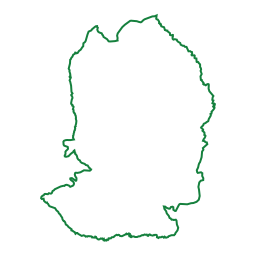 outline of Kazumba, Kasaï-Occidental, Democratic Republic of the Congo
{"feature_id": "63176286B97272919542005", "entity_name": "Kazumba", "entity_type": "district", "adm_level": 2, "iso_a3": "COD", "parent_name": "Democratic Republic of the Congo", "parent_adm1": "Kasaï-Occidental", "projection": "albers", "projection_center": [21.968, -6.401], "detail": "fine", "context": "isolated", "style": "outline", "palette": "green", "viewbox_px": 256, "rotation_deg": 0, "n_neighbors": 0, "source": "geoboundaries", "source_scale": "gbopen_adm2", "svg_char_len": 5755}
<svg xmlns="http://www.w3.org/2000/svg" viewBox="0 0 256 256"><path d="M130.1,20.9L124.9,24.7L122.3,27.1L117.7,33.4L117.1,35.7L117.6,38.0L117.4,39.6L117.6,40.5L115.1,41.1L110.0,41.5L108.6,41.3L107.1,39.2L103.5,36.9L103.0,35.3L102.4,34.9L101.7,33.3L99.3,32.5L98.0,31.5L97.3,29.7L97.8,27.7L97.2,27.3L97.1,26.1L96.0,26.2L95.0,26.8L92.0,29.3L91.3,30.4L88.6,31.6L87.5,34.5L85.7,40.8L85.1,41.9L83.4,43.3L83.2,46.3L82.3,47.2L80.7,49.7L79.0,50.9L77.6,53.0L76.4,53.3L75.7,52.6L75.2,52.6L74.8,53.8L73.2,54.7L72.4,56.7L71.4,57.7L70.8,59.2L70.2,59.7L70.0,63.4L68.7,68.7L69.6,70.2L69.4,71.2L70.3,74.3L70.1,75.2L70.5,76.0L69.6,76.9L69.8,77.2L70.6,77.2L70.8,77.6L69.6,80.3L70.2,81.7L71.1,85.7L71.5,91.9L72.5,93.4L71.2,95.0L71.4,95.6L72.1,96.2L72.5,97.9L71.8,99.6L71.1,103.2L71.3,104.0L72.4,104.8L72.2,105.6L73.2,106.2L73.6,106.9L72.9,109.2L73.6,110.1L73.5,111.8L74.4,112.8L74.3,113.3L75.1,114.0L75.3,115.2L75.7,115.7L76.0,118.1L75.8,118.7L76.4,120.9L76.1,123.6L75.4,126.1L75.6,126.4L74.9,127.0L75.2,128.8L74.8,129.4L74.9,130.1L74.1,131.3L74.2,132.0L73.6,133.8L73.6,134.9L73.0,135.9L73.2,136.8L73.0,137.7L73.9,139.5L70.4,140.1L66.9,140.0L65.5,140.2L64.0,140.8L63.4,141.7L63.6,144.7L64.3,145.7L67.7,146.9L68.0,148.3L67.8,149.2L65.9,151.0L65.4,151.9L65.5,153.4L65.3,154.5L64.7,155.4L64.8,156.4L66.0,156.8L68.5,156.2L70.7,153.9L72.9,152.2L73.6,151.5L73.7,150.9L74.4,150.4L74.8,152.1L74.7,152.8L75.3,153.2L75.2,153.9L76.3,154.9L76.9,156.0L77.5,158.4L78.6,159.8L79.9,160.4L80.4,161.7L81.6,162.8L84.7,163.9L85.8,165.0L87.7,165.5L89.2,167.9L89.8,168.1L90.3,169.0L91.1,169.4L90.8,170.0L89.8,170.7L84.0,170.3L80.4,172.3L77.5,172.9L75.8,172.7L75.1,173.1L74.8,174.7L75.3,176.3L76.4,177.9L76.5,179.0L76.3,180.5L75.9,180.8L71.9,178.1L70.4,178.3L70.2,179.0L71.1,180.2L73.0,181.5L73.7,182.4L74.0,183.8L73.6,184.9L72.9,185.7L70.2,186.8L69.0,185.6L66.8,184.8L65.3,185.0L64.5,185.9L63.4,185.8L60.6,186.5L54.7,189.3L53.9,190.3L52.6,191.0L51.9,192.9L51.3,193.5L50.5,193.6L48.9,193.2L47.9,194.2L45.1,193.9L44.5,194.1L43.6,195.4L42.7,195.6L41.5,196.7L41.1,198.2L41.8,199.0L43.6,198.7L44.0,200.8L45.5,202.3L46.0,202.6L47.0,202.5L47.1,203.1L48.1,203.9L49.1,205.8L50.0,206.4L55.1,208.2L56.4,210.3L58.2,211.8L58.9,213.4L60.3,214.6L60.5,215.3L62.2,217.7L62.4,219.0L63.0,220.2L63.7,221.1L64.1,221.0L64.6,221.5L65.2,222.4L65.8,224.5L67.4,225.5L68.4,226.9L71.6,229.3L71.4,230.4L72.8,230.9L73.4,231.5L74.7,232.1L75.5,233.8L76.5,233.0L77.4,233.0L78.1,233.8L81.7,235.9L83.6,235.3L84.7,235.7L85.7,236.6L86.4,236.3L87.3,236.6L88.0,236.1L91.3,236.4L92.1,236.8L92.1,237.4L94.6,237.6L95.2,236.6L96.0,236.9L96.3,237.9L98.0,239.3L98.7,239.5L99.5,239.3L100.9,238.4L101.6,238.8L102.5,238.5L103.2,239.7L103.9,239.0L104.4,240.6L104.9,240.6L105.4,240.1L106.5,240.5L106.9,239.6L107.6,239.5L108.1,239.9L108.5,239.5L108.7,238.3L110.9,238.3L111.7,237.3L113.6,237.1L114.6,236.0L116.6,234.8L117.7,235.2L118.5,234.8L119.2,235.0L120.1,236.0L121.9,236.2L125.4,234.5L126.3,233.7L126.8,234.3L127.3,234.2L128.9,233.4L129.8,233.9L129.1,235.7L129.4,236.3L130.1,236.4L130.4,235.6L130.8,235.4L131.0,235.6L130.6,236.5L130.7,237.0L131.1,237.2L132.4,236.5L133.9,236.4L135.0,237.0L137.1,237.0L138.7,236.3L139.9,236.3L142.2,235.1L143.0,235.3L144.6,234.5L145.3,234.8L146.8,234.6L147.5,235.7L148.1,235.9L148.4,235.7L148.8,234.8L149.8,234.4L150.6,235.1L152.8,235.6L153.9,235.0L154.2,235.2L154.8,234.9L156.3,234.9L156.7,235.1L157.1,236.8L157.0,237.3L158.5,238.0L159.1,237.2L161.0,237.3L162.1,236.7L162.9,236.8L163.8,237.7L164.1,237.6L164.7,236.7L166.0,237.7L168.1,237.0L168.5,236.3L171.5,235.2L174.1,235.2L174.7,234.4L175.1,234.2L175.5,233.0L177.5,230.4L178.2,227.7L176.9,224.5L176.5,220.6L175.8,219.7L173.7,220.0L172.8,219.6L171.6,219.7L170.6,218.4L169.6,218.0L168.7,215.7L167.3,214.1L166.6,213.0L166.2,211.3L164.3,208.7L164.4,208.1L163.9,206.5L165.4,206.7L166.3,207.7L168.9,208.7L169.8,208.7L171.0,207.0L172.6,206.7L173.3,207.2L173.4,209.8L175.1,211.0L175.8,210.9L178.8,205.1L179.5,204.2L180.3,203.9L187.3,204.3L191.1,203.2L193.4,203.0L196.6,201.8L198.8,199.7L199.7,196.0L199.0,189.7L198.4,186.9L199.3,182.4L200.8,180.7L203.2,180.1L203.3,178.2L202.2,176.0L202.3,173.2L201.0,172.3L197.8,172.9L197.2,172.2L196.8,170.2L198.1,167.5L198.7,164.7L199.2,163.3L200.0,162.2L201.6,157.2L202.1,151.5L203.4,149.7L202.9,148.1L207.3,144.2L206.8,142.4L205.8,142.3L205.1,141.9L204.7,141.2L203.0,140.8L203.6,139.3L204.8,137.7L205.5,135.9L205.1,135.3L204.3,134.9L204.5,134.2L204.4,132.5L202.5,130.8L203.2,129.9L203.0,129.4L201.1,127.7L201.5,126.9L203.2,125.4L203.4,124.4L203.9,123.7L205.6,123.0L206.4,122.2L208.2,121.2L208.8,119.0L210.7,115.7L210.8,115.0L210.5,114.0L211.4,113.6L211.7,112.5L211.5,111.8L213.7,109.3L214.5,107.9L213.1,106.6L214.0,105.0L214.5,105.6L214.9,104.1L214.4,103.7L214.0,104.1L212.4,103.3L213.4,100.5L212.4,100.1L212.3,99.7L212.7,97.2L213.4,96.0L209.4,91.3L208.6,88.7L208.8,84.8L208.5,84.1L207.4,84.1L205.8,85.3L205.2,84.8L204.0,84.7L203.2,84.0L203.7,83.2L201.7,80.5L201.7,80.0L200.9,79.9L200.5,76.3L201.7,74.0L200.6,70.9L201.1,69.5L200.9,68.3L200.1,67.0L200.1,64.7L199.7,63.9L198.7,63.1L198.5,62.4L198.0,61.9L196.8,62.0L196.6,61.8L196.4,58.5L195.0,58.3L194.5,57.9L194.7,55.6L194.4,55.3L191.9,55.4L191.5,54.9L192.2,53.6L191.9,52.0L190.9,51.8L190.2,51.2L188.5,51.3L186.5,46.9L184.9,46.8L183.9,45.7L182.9,45.8L180.7,44.7L180.2,43.0L178.0,41.7L177.0,40.6L176.8,39.7L174.8,39.2L173.4,39.6L172.7,38.9L172.5,37.8L172.9,36.5L172.9,35.0L172.5,34.9L171.5,35.4L170.1,35.0L169.9,33.1L167.3,31.1L167.3,30.6L166.0,30.5L165.7,30.1L164.9,30.0L164.1,27.3L161.3,26.3L161.1,25.4L160.5,24.7L160.9,24.5L160.8,24.1L160.4,23.6L159.1,23.2L159.1,21.5L157.8,19.6L156.5,19.2L156.2,18.6L156.6,15.4L154.5,16.3L152.4,16.4L144.6,19.3L143.4,20.1L141.6,21.9L140.8,22.3L139.2,22.0L136.8,21.2L131.1,20.7L130.1,20.9Z" fill="none" stroke="#15803d" stroke-width="2"/></svg>